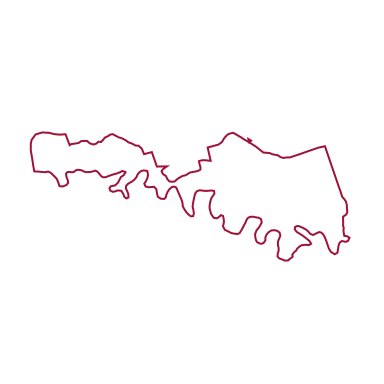 the district of Roque Gonzales, Rio Grande do Sul, Brazil, rotated 341°
{"feature_id": "56859067B27252303388192", "entity_name": "Roque Gonzales", "entity_type": "district", "adm_level": 2, "iso_a3": "BRA", "parent_name": "Brazil", "parent_adm1": "Rio Grande do Sul", "projection": "orthographic", "projection_center": [-55.124, -28.057], "detail": "fine", "context": "isolated", "style": "outline", "palette": "rose", "viewbox_px": 384, "rotation_deg": 341, "n_neighbors": 0, "source": "geoboundaries", "source_scale": "gbopen_adm2", "svg_char_len": 4209}
<svg xmlns="http://www.w3.org/2000/svg" viewBox="0 0 384 384"><g transform="rotate(341 192 192)"><path d="M266.0,286.1L266.5,283.9L268.9,282.2L271.4,281.3L273.2,279.7L275.7,278.6L278.3,278.0L282.2,278.9L285.4,280.3L287.8,279.7L287.2,276.7L285.7,274.2L283.7,271.1L282.0,268.7L280.2,266.5L277.9,263.6L277.0,260.7L278.1,258.6L280.5,258.4L282.4,259.4L284.5,261.4L286.6,263.5L287.9,265.1L289.0,267.1L290.1,269.9L292.5,272.1L295.8,271.6L299.2,271.3L301.0,272.5L302.2,274.6L302.8,277.6L303.0,281.8L303.0,289.8L303.7,293.6L306.6,297.3L309.7,296.8L311.5,293.6L313.2,290.2L315.2,287.9L317.7,287.1L321.0,289.1L323.6,289.1L326.0,286.5L324.3,284.4L321.7,283.0L322.2,280.0L322.7,277.6L323.8,275.3L323.9,272.8L324.9,270.5L325.7,267.8L326.8,264.5L330.3,263.6L332.2,261.8L333.0,258.6L334.2,254.5L334.4,251.0L333.7,248.4L332.5,245.5L332.6,240.0L332.5,233.6L332.6,192.0L325.4,191.2L304.4,191.3L295.8,191.2L293.1,190.2L289.6,189.6L287.1,187.9L284.9,185.0L281.8,183.4L279.8,182.1L278.2,180.5L272.3,177.9L267.2,169.9L262.3,163.7L258.0,158.8L256.2,156.3L250.2,149.4L247.1,149.1L244.8,149.2L241.7,150.6L239.5,152.0L236.6,154.5L232.4,155.8L221.3,155.0L219.8,168.6L216.2,166.9L213.4,165.7L211.1,165.2L208.6,165.1L208.2,168.1L208.0,171.9L207.0,173.7L204.0,174.0L200.9,173.6L198.4,173.2L196.4,173.0L191.3,174.1L188.3,173.7L182.8,174.8L179.0,176.4L176.5,175.8L174.0,174.6L172.8,171.5L172.6,168.5L170.3,165.4L170.0,162.4L172.1,160.9L174.3,160.3L176.6,159.6L167.1,156.5L167.0,141.2L159.0,140.6L158.8,137.6L158.6,134.5L156.5,130.8L153.7,129.7L151.3,126.9L148.1,124.4L146.5,122.0L144.3,119.4L142.0,117.5L140.3,116.3L135.9,111.5L133.4,111.1L130.5,111.9L127.3,112.2L124.9,113.8L122.3,115.1L119.9,114.0L117.2,115.1L114.2,115.0L111.1,112.6L109.5,109.7L106.7,108.6L103.7,107.8L101.0,108.7L98.2,108.3L96.1,108.0L93.7,107.4L91.6,107.9L91.2,96.2L85.9,94.8L81.1,92.7L75.7,89.3L69.6,86.9L62.8,86.7L57.3,90.5L55.2,94.1L53.1,100.2L51.7,108.8L50.3,116.4L49.6,121.2L53.4,122.7L56.6,124.2L59.9,125.6L62.6,125.8L64.8,128.0L66.2,130.8L67.2,132.8L68.5,135.8L68.7,139.6L68.6,143.3L71.6,144.7L75.5,144.5L77.9,143.1L78.4,140.5L78.2,137.1L78.8,133.7L80.6,132.6L82.8,133.1L84.7,134.2L86.6,134.6L88.9,133.8L91.0,133.7L93.0,134.6L95.0,135.8L97.1,138.0L99.0,139.0L102.1,139.9L105.3,140.3L107.5,140.3L109.1,141.8L110.3,144.7L111.2,147.2L112.7,149.2L115.3,149.9L118.6,149.7L121.4,149.8L123.7,149.7L126.2,150.0L130.3,149.9L133.0,149.4L135.6,151.6L133.1,153.8L129.7,154.7L125.0,159.1L121.5,160.7L119.0,160.4L117.0,160.2L115.2,161.5L115.2,164.1L117.3,166.1L119.8,166.4L122.2,166.3L125.5,167.8L126.4,171.3L126.4,174.5L127.9,176.7L130.2,176.4L131.1,173.5L131.0,170.4L130.6,167.2L131.7,164.8L133.7,163.6L136.1,163.0L138.2,162.7L141.1,161.8L144.3,159.9L146.5,157.5L148.7,156.2L151.2,155.6L153.5,155.9L156.5,157.5L156.1,161.2L154.6,164.0L152.1,166.7L149.6,168.6L149.9,171.7L152.5,173.4L154.9,174.0L157.8,174.7L159.2,177.6L158.4,182.1L158.1,185.4L160.4,188.2L163.4,189.5L165.3,188.7L167.1,186.0L168.7,184.2L171.2,182.2L174.3,180.8L176.7,181.0L178.5,182.6L178.8,185.5L179.0,188.9L179.5,194.5L179.6,197.6L179.3,200.0L178.6,202.5L179.2,205.8L179.9,208.7L181.0,211.5L183.0,214.6L185.2,215.2L186.8,212.9L187.5,209.2L187.8,206.1L189.2,203.2L190.9,200.2L192.2,198.1L193.4,196.1L194.7,194.3L197.0,192.8L199.9,192.9L202.2,194.0L205.1,195.4L208.0,196.2L210.5,196.8L213.2,198.1L212.6,201.0L209.7,203.0L207.8,204.7L205.9,207.5L204.3,210.4L203.3,213.2L203.1,215.9L202.9,219.2L204.2,223.5L206.9,225.0L209.5,224.4L211.8,223.3L213.5,224.7L213.3,227.0L212.6,230.4L211.3,232.7L210.1,234.6L210.8,238.5L213.9,241.6L215.9,243.7L218.3,245.1L221.5,246.6L223.6,246.4L226.1,244.4L228.1,242.6L230.5,240.2L232.5,238.5L234.0,236.6L236.1,234.9L238.4,234.4L241.4,235.1L244.4,236.9L246.6,238.0L248.5,240.2L247.9,243.7L246.2,245.2L244.2,247.0L240.6,249.2L237.9,252.4L237.2,255.2L236.8,258.0L237.1,260.3L238.9,262.5L240.8,263.5L242.9,263.6L245.6,261.7L246.6,258.8L248.7,256.4L251.8,254.8L254.5,254.2L257.4,254.9L259.9,256.4L261.6,258.9L261.3,262.1L258.9,264.8L257.3,266.7L256.1,269.6L255.6,273.4L254.6,276.1L253.2,277.7L251.9,280.9L252.8,283.1L254.9,284.8L257.3,287.0L260.5,288.0L262.9,287.0L266.0,286.1ZM262.3,163.7L264.6,162.7L262.6,160.3L262.3,163.7Z" fill="none" stroke="#9f1239" stroke-width="2"/></g></svg>